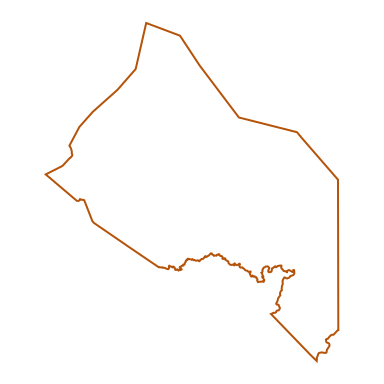 outline of Dulce Nombre de Culmi, Olancho, Honduras
{"feature_id": "27666195B72562154839723", "entity_name": "Dulce Nombre de Culmi", "entity_type": "district", "adm_level": 2, "iso_a3": "HND", "parent_name": "Honduras", "parent_adm1": "Olancho", "projection": "orthographic", "projection_center": [-85.246, 15.042], "detail": "fine", "context": "isolated", "style": "outline", "palette": "amber", "viewbox_px": 384, "rotation_deg": 0, "n_neighbors": 0, "source": "geoboundaries", "source_scale": "gbopen_adm2", "svg_char_len": 5956}
<svg xmlns="http://www.w3.org/2000/svg" viewBox="0 0 384 384"><path d="M146.2,23.0L136.5,65.5L135.6,69.1L117.5,89.8L92.9,111.7L79.4,126.9L69.4,145.7L70.0,146.5L70.7,148.0L71.4,149.7L71.8,151.8L71.8,153.5L72.2,154.2L72.2,154.6L72.3,155.2L72.2,155.6L71.8,156.2L71.1,156.9L70.6,157.7L69.6,158.2L62.5,165.9L45.7,174.4L76.8,200.8L77.1,200.8L78.3,200.9L78.7,200.9L79.2,200.4L79.7,200.2L79.9,199.3L80.0,199.1L81.9,199.8L83.5,199.9L84.2,200.2L88.1,210.1L92.3,221.0L93.9,222.9L128.5,246.7L158.7,267.2L159.2,267.0L159.7,267.3L160.5,267.4L161.1,267.3L162.0,267.5L162.4,267.4L162.7,267.8L162.9,267.8L163.7,267.7L164.5,267.8L165.1,268.1L165.9,268.4L166.6,268.8L167.5,269.1L168.1,269.2L168.5,268.9L168.9,268.4L169.0,267.4L168.9,266.4L169.1,265.8L169.4,265.7L170.2,266.3L171.4,266.7L172.0,267.2L172.4,267.3L172.9,267.3L172.8,266.9L173.0,266.6L173.3,266.6L173.6,266.7L174.6,267.6L175.0,268.6L175.2,269.6L175.4,269.9L176.4,269.9L176.9,269.4L177.2,269.3L177.6,269.5L178.4,270.5L178.7,270.4L179.2,270.0L179.7,270.1L180.1,270.1L180.3,270.0L180.4,269.5L181.2,269.7L181.5,269.6L181.6,269.3L181.5,269.0L180.9,268.7L180.7,268.1L180.0,268.1L179.8,267.9L180.0,267.7L180.5,267.7L180.3,267.2L180.2,266.9L181.0,266.7L181.4,266.1L181.6,265.9L182.2,265.8L183.2,265.6L183.0,264.9L183.3,264.6L183.8,264.5L184.4,264.5L184.6,264.4L184.7,264.2L184.7,263.4L185.0,263.0L185.3,262.1L185.9,261.6L185.8,260.9L186.3,260.2L187.1,260.0L187.3,259.2L187.6,258.8L187.9,258.7L188.2,258.8L188.2,259.3L188.3,259.4L188.5,259.4L189.0,259.0L189.3,259.1L190.8,259.3L191.7,259.8L191.9,259.7L192.5,259.2L192.7,259.3L193.2,259.9L193.4,260.1L194.5,260.0L195.5,260.6L196.5,260.7L197.7,260.3L198.4,260.7L199.2,261.2L199.5,261.2L199.9,260.3L200.9,259.7L201.5,259.0L202.7,258.9L203.3,258.7L204.2,257.6L204.8,256.6L205.1,256.3L205.3,256.2L205.4,256.3L205.8,257.0L206.6,256.9L206.9,256.7L207.1,256.4L207.7,256.0L208.4,255.8L208.7,255.6L209.4,254.9L210.4,253.7L210.8,253.4L211.2,253.3L211.8,253.5L212.0,254.4L212.5,254.7L213.6,255.0L214.0,255.8L215.3,255.5L215.7,255.5L216.5,255.6L216.9,254.8L217.1,254.7L217.3,254.7L217.7,254.8L218.1,254.8L218.3,254.6L218.5,254.3L218.6,254.2L219.3,254.3L219.4,254.5L219.5,255.2L220.0,255.7L220.5,256.0L221.6,256.1L222.0,256.3L222.1,256.5L222.4,256.9L222.6,257.3L222.6,257.7L222.4,258.4L222.4,258.6L222.6,258.8L222.8,258.9L223.5,258.9L223.9,258.4L224.1,258.3L224.9,258.3L225.2,258.5L225.3,258.7L225.1,259.3L225.2,259.6L227.1,260.8L228.2,261.4L228.3,261.6L228.4,262.7L228.8,263.4L229.9,264.5L230.4,264.8L230.8,264.9L231.7,264.9L231.9,264.9L232.1,264.7L232.8,264.6L233.2,264.7L233.8,265.2L234.1,265.3L234.2,265.0L234.3,263.8L234.4,263.5L234.6,263.4L235.0,263.6L235.3,264.5L235.5,264.7L235.6,264.8L236.2,264.8L237.0,265.1L238.0,264.6L239.2,263.8L239.5,263.7L239.7,263.8L239.9,264.1L239.9,264.6L239.7,264.9L239.2,265.5L239.7,266.6L239.9,267.2L240.3,267.5L240.6,267.6L241.1,267.5L241.5,267.5L242.1,267.4L242.4,267.4L243.0,268.3L243.7,268.5L244.3,269.0L245.0,270.0L245.9,270.5L247.2,270.7L247.7,271.1L248.1,271.6L248.5,271.8L249.1,271.9L250.1,271.5L250.5,271.5L250.6,271.8L250.4,272.6L250.1,273.0L249.7,273.4L249.7,273.6L251.0,276.2L251.4,276.6L251.6,276.6L252.3,275.8L252.5,275.6L252.8,275.7L253.4,276.6L253.6,276.6L254.0,276.3L254.4,276.3L254.9,276.5L255.3,277.2L256.2,277.2L256.6,277.7L256.7,278.5L257.2,279.0L257.4,279.3L257.4,279.7L257.2,280.7L257.7,281.6L258.0,282.1L259.0,281.8L261.7,281.7L262.1,281.5L262.5,281.2L262.8,281.1L263.1,281.2L263.4,281.8L263.6,281.8L263.8,281.5L264.2,280.5L264.2,280.2L264.2,279.8L263.5,278.8L263.2,278.2L262.3,277.3L262.2,277.1L262.2,276.9L262.4,276.8L263.3,276.7L263.3,276.4L262.3,274.7L262.1,273.2L261.5,272.7L262.2,272.2L262.5,271.6L262.6,270.8L262.4,270.1L262.4,269.8L262.5,269.5L263.0,269.0L263.4,268.0L263.8,267.6L264.7,267.3L265.5,266.6L267.2,266.4L267.8,266.4L268.9,267.5L269.2,267.8L269.3,268.0L269.3,268.3L268.5,269.8L268.5,270.3L268.2,271.1L268.3,271.4L268.5,271.9L268.9,272.1L270.2,272.2L270.8,271.9L271.4,271.6L271.5,271.3L271.7,270.7L272.0,268.5L272.2,268.3L273.0,268.0L273.5,267.7L274.4,266.8L274.9,266.4L275.1,266.3L275.3,266.4L275.8,267.1L276.2,267.1L276.6,267.0L277.5,266.1L278.7,265.9L279.6,265.6L281.2,265.5L281.4,265.6L281.5,265.8L281.5,266.1L281.2,267.3L281.2,267.8L282.3,269.2L282.9,269.7L283.5,270.8L283.8,271.0L284.1,271.1L285.6,271.2L285.9,271.5L286.9,272.2L287.0,272.2L287.0,271.6L287.2,270.9L288.6,270.2L288.8,270.1L289.5,270.3L291.9,271.7L292.5,271.9L292.8,272.0L293.0,271.8L293.1,271.4L293.2,270.9L293.2,270.4L293.2,270.1L293.6,270.0L293.9,270.0L294.1,270.4L294.4,272.7L294.2,273.7L293.4,275.0L292.9,275.3L291.9,275.5L291.4,275.8L290.4,276.0L289.6,277.3L289.3,277.5L288.9,277.8L288.3,277.9L287.4,278.4L286.9,278.4L286.4,278.3L286.0,278.2L285.2,277.6L284.7,277.4L284.3,277.5L284.0,277.8L283.8,278.3L283.5,278.7L283.0,279.8L282.5,281.2L282.7,282.7L282.7,284.3L282.3,285.0L281.9,286.5L281.8,287.7L281.6,288.6L281.9,289.7L281.9,290.1L281.7,290.4L280.8,291.1L280.7,291.3L280.2,292.7L280.0,293.4L280.0,293.9L280.3,295.1L280.3,295.4L279.3,296.5L278.9,297.3L278.1,298.4L277.9,299.1L277.7,300.5L276.9,302.3L276.4,303.0L276.2,303.6L276.3,304.0L276.6,304.4L277.2,304.6L278.4,304.7L278.6,304.9L279.1,306.4L279.5,307.0L279.8,307.7L279.7,308.8L279.5,309.3L279.1,309.9L278.6,310.3L278.3,310.4L277.0,310.6L276.7,310.8L276.4,311.2L276.2,312.0L275.3,312.7L275.1,312.8L273.4,312.8L272.2,313.5L271.0,314.0L310.4,354.8L316.7,361.0L316.9,359.1L316.8,357.8L317.8,355.5L317.9,354.7L318.7,353.3L319.0,353.0L319.6,352.8L321.6,352.4L324.7,352.9L325.7,352.8L326.3,352.7L326.5,352.4L326.6,352.0L326.9,349.8L329.4,346.0L329.5,345.6L329.5,345.0L329.2,343.8L329.0,343.5L328.8,343.3L326.9,342.5L326.3,341.9L326.2,341.4L326.1,340.9L325.9,340.1L325.9,339.8L326.0,339.5L326.6,339.0L327.5,338.9L327.8,338.7L329.7,336.4L331.1,335.1L332.1,334.7L333.2,334.8L333.7,334.6L336.2,331.8L337.5,330.5L337.9,330.1L338.3,330.1L338.2,282.4L338.0,179.7L301.8,138.0L297.0,132.2L238.9,117.5L199.7,65.6L180.0,35.7L146.2,23.0Z" fill="none" stroke="#b45309" stroke-width="2"/></svg>